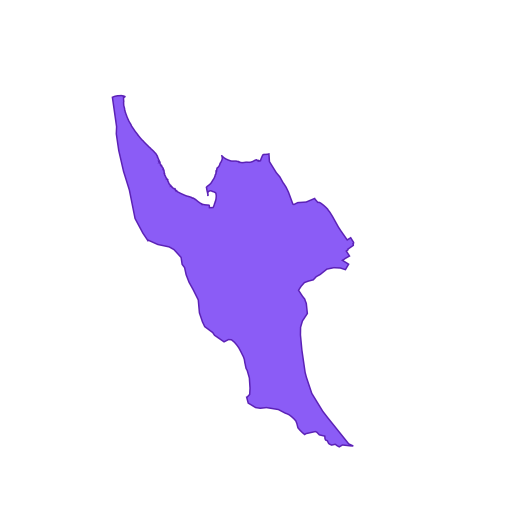 the district of Kotawaringin Barat, Kalimantan Tengah, Indonesia, rotated 146°
{"feature_id": "22746128B93777795819955", "entity_name": "Kotawaringin Barat", "entity_type": "district", "adm_level": 2, "iso_a3": "IDN", "parent_name": "Indonesia", "parent_adm1": "Kalimantan Tengah", "projection": "orthographic", "projection_center": [111.727, -2.548], "detail": "fine", "context": "isolated", "style": "filled", "palette": "violet", "viewbox_px": 512, "rotation_deg": 146, "n_neighbors": 0, "source": "geoboundaries", "source_scale": "gbopen_adm2", "svg_char_len": 5820}
<svg xmlns="http://www.w3.org/2000/svg" viewBox="0 0 512 512"><g transform="rotate(146 256 256)"><path d="M286.3,467.9L299.3,441.1L303.5,435.4L310.8,420.2L318.5,400.2L324.1,381.5L335.3,354.7L337.0,338.1L337.0,329.2L336.5,329.4L331.0,320.5L322.9,312.1L320.4,307.1L318.9,296.7L321.9,290.4L321.7,286.3L324.4,279.5L326.2,271.6L326.9,263.3L328.4,251.9L334.7,240.5L337.2,231.4L338.0,226.1L334.7,216.7L334.7,213.4L330.5,202.7L325.5,202.1L323.2,200.3L322.1,196.5L321.7,193.0L321.6,189.6L322.0,185.6L322.5,181.8L322.8,179.4L323.1,178.3L323.5,176.8L325.0,173.6L325.7,171.6L325.8,171.6L327.1,168.3L327.3,166.0L329.7,158.6L334.9,149.7L338.6,144.8L342.1,144.0L342.7,144.2L344.7,138.4L341.1,130.6L337.6,127.4L332.1,124.5L323.3,116.2L319.6,109.3L318.4,107.7L317.3,105.8L316.4,103.1L315.6,99.9L315.2,97.0L315.8,94.3L317.3,90.1L317.0,87.2L316.3,83.6L315.5,80.8L313.9,80.8L305.0,77.3L304.1,75.9L303.5,72.3L299.7,68.2L301.0,65.9L301.2,64.5L300.2,63.0L300.6,59.9L300.2,58.9L299.1,57.0L295.6,55.6L294.8,53.3L293.7,51.2L290.0,51.0L283.9,45.8L281.6,44.1L284.2,48.4L287.0,82.1L287.5,90.0L286.6,110.9L282.0,127.4L280.4,132.0L270.5,152.5L263.3,165.7L258.9,172.0L253.8,176.2L245.6,179.6L240.8,188.6L240.2,191.4L239.7,193.0L240.0,196.9L239.9,203.8L235.5,205.7L230.7,206.9L226.6,205.9L221.8,204.2L217.6,205.2L212.9,204.8L204.6,205.5L198.0,202.8L192.8,198.9L189.5,194.7L183.8,197.4L186.8,204.1L184.6,204.0L183.1,204.1L182.8,204.0L178.5,203.7L178.4,209.6L176.3,209.7L176.0,210.3L169.4,210.4L168.8,211.3L168.8,211.9L167.9,212.1L167.5,212.7L167.3,218.2L171.4,218.3L171.6,229.9L171.5,234.2L170.5,245.9L170.3,250.9L170.5,253.9L170.4,254.7L170.9,257.4L171.6,260.2L172.5,262.9L172.9,263.9L173.6,265.1L174.8,265.9L175.3,270.2L175.2,270.9L184.3,272.7L191.5,276.9L195.8,277.5L196.4,278.5L193.4,290.7L192.6,296.1L192.5,300.4L192.6,301.4L192.0,308.3L192.6,313.8L192.1,326.7L188.2,333.4L189.1,333.7L190.8,334.6L192.7,335.8L193.3,336.0L193.7,336.0L195.2,335.2L197.2,333.9L198.7,332.8L198.9,332.5L199.2,332.5L200.1,332.8L200.2,333.3L200.4,333.4L200.8,333.4L200.6,333.8L201.1,333.9L201.5,334.3L201.6,334.7L201.5,335.1L201.8,335.5L203.0,335.9L206.0,336.2L208.3,336.9L209.0,337.3L211.7,339.3L214.8,340.8L216.0,341.7L216.6,342.3L216.8,342.6L217.1,342.7L217.1,342.8L217.1,343.1L217.3,343.3L217.5,343.3L217.4,343.6L217.6,343.8L217.7,344.2L218.1,344.4L219.5,345.9L222.7,348.0L223.3,348.5L223.8,349.0L225.4,351.2L226.7,353.3L227.6,355.3L228.1,357.3L228.2,358.0L228.3,358.1L228.9,356.6L229.4,355.8L229.9,355.2L230.7,354.6L232.2,353.6L233.5,353.1L234.5,352.5L235.1,351.9L236.4,351.2L237.8,350.7L238.5,350.8L238.7,350.6L239.2,350.6L240.6,349.2L240.9,348.8L241.1,348.9L241.1,348.5L241.3,348.3L242.1,347.7L242.3,347.9L242.5,347.4L243.0,347.0L243.1,346.7L244.0,346.1L244.6,346.0L245.2,345.2L246.0,344.8L245.8,344.8L246.0,344.7L247.1,344.0L248.1,343.5L249.2,343.1L251.1,342.2L252.8,341.5L254.4,341.2L257.5,341.0L258.7,340.7L258.9,340.3L259.1,339.6L259.7,338.5L259.8,338.1L260.4,336.9L260.1,337.3L261.6,333.7L262.2,333.0L262.3,332.7L261.5,333.5L261.3,334.1L260.4,335.8L260.0,335.9L259.7,335.8L259.4,336.0L258.9,336.0L258.3,335.9L257.5,335.7L256.6,334.9L255.9,333.7L255.1,332.8L254.8,332.3L254.8,332.1L254.5,331.8L254.5,331.6L254.2,331.2L254.2,330.4L255.3,328.1L256.8,326.2L257.6,325.3L258.8,324.3L258.9,324.1L259.2,324.0L259.5,323.6L259.8,323.6L260.4,323.0L261.1,322.6L261.6,322.1L263.5,320.7L264.6,320.2L267.6,322.1L266.6,323.8L266.5,324.2L266.6,324.5L269.6,326.9L271.4,328.7L271.8,329.5L271.9,329.4L271.9,329.5L272.4,330.3L273.6,333.4L274.5,336.6L274.7,337.0L274.8,337.0L274.8,337.4L275.3,338.3L275.5,338.6L275.5,338.8L275.8,339.0L275.7,339.1L276.4,339.7L276.4,340.0L276.8,340.5L276.8,340.8L277.0,341.0L277.3,341.3L277.5,341.7L277.8,342.0L277.9,342.3L278.7,343.0L278.9,343.5L279.7,344.2L280.9,345.9L283.4,349.9L285.3,353.4L285.6,354.5L285.8,354.6L285.7,354.7L285.8,355.1L285.7,355.1L285.9,355.3L285.9,355.5L285.8,355.4L285.9,355.5L285.8,355.9L285.9,356.1L285.7,356.5L285.6,356.8L285.8,356.8L285.8,357.0L286.2,357.4L286.3,357.6L286.2,357.8L286.5,358.1L287.2,359.8L287.0,360.0L287.0,360.3L287.3,361.4L287.3,361.9L287.5,361.9L287.3,362.1L287.5,362.3L287.4,362.6L287.5,362.8L287.5,363.0L287.6,363.4L287.5,363.8L287.6,364.0L287.6,364.4L287.7,364.5L287.4,365.8L287.2,366.2L287.3,366.7L287.1,367.4L287.2,367.8L286.8,368.3L286.5,368.4L286.5,368.8L286.7,369.2L286.7,370.1L286.8,370.1L286.7,370.2L286.8,371.2L286.7,371.8L286.4,373.1L286.5,374.0L286.4,374.2L286.1,374.9L285.9,375.0L286.0,375.4L285.8,375.4L285.3,376.8L284.4,378.5L284.3,379.2L284.4,379.4L284.5,379.4L284.6,379.5L284.3,379.6L284.2,379.9L283.9,380.8L284.0,381.7L284.0,382.5L284.1,382.9L283.9,383.0L283.8,383.4L284.0,383.4L284.1,383.6L283.9,383.7L283.9,384.0L284.0,384.3L284.0,384.5L284.2,384.8L283.8,385.1L283.9,385.8L283.9,386.4L283.6,387.1L283.6,387.3L283.9,387.5L283.5,387.3L283.4,387.4L283.9,387.7L283.7,387.9L283.7,388.1L283.5,387.8L283.3,387.8L283.0,387.9L283.4,387.7L283.1,387.7L283.5,387.6L283.2,387.5L282.7,390.8L282.3,392.7L282.4,392.9L282.2,393.0L282.0,393.8L282.0,394.4L281.9,394.4L281.8,397.0L282.2,398.8L282.2,399.5L282.4,400.5L282.9,402.7L283.3,403.7L283.2,403.6L283.1,403.2L283.2,404.4L283.9,406.9L284.0,408.0L284.5,410.0L284.5,410.3L285.0,412.7L285.2,414.5L285.5,415.5L285.9,418.3L286.2,421.9L286.3,422.1L286.2,422.2L286.3,422.4L286.2,423.0L286.5,426.7L286.5,433.7L286.2,434.7L286.0,438.8L285.6,440.7L285.7,440.9L285.6,441.2L285.5,441.5L285.1,443.7L284.7,445.1L284.6,445.6L284.2,447.2L284.0,447.8L284.0,448.2L283.3,449.9L283.4,450.1L282.8,451.2L282.4,452.0L281.5,454.7L280.0,457.2L279.2,458.1L278.7,459.0L278.3,459.8L276.9,461.8L276.9,462.1L276.7,462.2L276.5,461.8L276.4,461.8L276.0,461.8L276.0,461.3L275.7,461.3L275.5,461.5L276.2,462.6L277.6,464.0L278.3,464.6L278.8,464.8L280.9,466.1L281.6,466.5L282.0,466.5L282.4,466.8L284.0,467.4L286.3,467.9Z" fill="#8b5cf6" stroke="#5b21b6" stroke-width="1.5"/></g></svg>